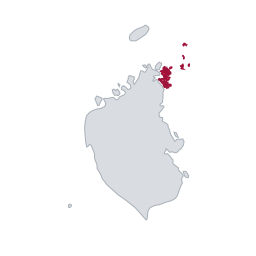 Sinan-gun, South Jeolla, South Korea shown in context, rotated 163°
{"feature_id": "91817680B46467557111645", "entity_name": "Sinan-gun", "entity_type": "district", "adm_level": 2, "iso_a3": "KOR", "parent_name": "South Korea", "parent_adm1": "South Jeolla", "projection": "orthographic", "projection_center": [125.994, 34.593], "detail": "fine", "context": "in_parent", "style": "filled", "palette": "rose", "viewbox_px": 256, "rotation_deg": 163, "n_neighbors": 0, "source": "geoboundaries", "source_scale": "gbopen_adm2", "svg_char_len": 8438}
<svg xmlns="http://www.w3.org/2000/svg" viewBox="0 0 256 256"><g transform="rotate(163 128 128)"><path d="M91.1,64.2L91.9,63.5L92.0,62.6L92.0,59.5L94.3,57.4L97.6,53.0L99.3,50.6L101.1,48.4L103.3,46.9L105.4,46.2L108.7,45.8L115.2,46.0L116.4,45.7L120.9,45.4L121.9,45.8L125.2,46.0L128.8,45.6L130.6,45.0L132.2,43.8L133.7,41.8L135.1,38.1L136.6,35.2L137.5,34.7L144.5,49.8L151.1,59.5L156.7,66.6L164.9,80.1L167.4,87.4L167.8,92.0L169.4,98.2L168.4,101.9L168.9,107.6L168.5,110.5L167.6,112.7L167.7,116.8L168.1,119.0L168.3,121.9L168.9,123.1L169.8,123.5L171.2,122.3L173.0,121.8L172.8,125.4L171.0,134.4L169.4,140.9L167.0,146.7L164.0,152.0L160.2,154.1L157.5,154.9L152.4,155.3L148.0,154.6L144.4,155.3L142.9,156.4L141.9,158.3L142.7,161.1L142.7,163.2L141.1,163.1L137.9,162.0L134.5,161.9L132.8,161.3L131.1,158.3L129.4,158.4L126.6,160.3L122.1,160.8L120.6,161.8L120.0,163.0L120.7,164.6L123.0,166.7L122.3,168.8L120.0,169.9L118.0,167.3L116.8,164.8L115.5,164.7L113.5,165.4L113.1,168.2L114.1,170.0L115.7,172.2L113.5,174.7L112.9,176.5L111.4,177.8L107.1,175.0L107.7,173.0L109.5,171.0L109.7,169.0L109.1,167.8L103.0,173.0L99.3,178.8L97.3,178.4L96.4,176.9L95.3,176.3L91.2,180.0L90.5,183.0L89.0,183.1L88.3,181.9L88.2,179.2L87.5,177.0L83.3,173.7L81.4,170.8L82.4,169.2L85.9,170.1L88.7,170.0L88.1,168.6L87.2,168.0L89.1,167.2L90.6,165.6L89.3,165.2L87.4,166.1L85.8,165.7L85.1,161.9L83.1,158.1L82.1,154.3L84.0,152.2L85.0,148.8L86.8,144.0L87.7,142.4L90.2,141.3L91.0,140.0L89.7,139.4L87.5,138.8L87.5,137.4L89.0,136.6L90.7,135.1L93.9,133.2L94.8,129.6L93.9,128.8L91.9,127.9L92.3,126.1L93.2,124.8L92.8,124.0L90.5,121.7L88.9,119.6L89.3,117.2L88.9,113.6L89.1,110.5L89.0,108.9L87.9,105.2L87.3,101.5L85.8,102.1L84.6,103.0L80.3,101.7L78.9,101.6L78.3,98.9L79.9,95.5L83.5,92.5L85.7,92.1L87.2,90.7L89.7,90.3L92.7,92.3L95.4,92.7L96.9,96.2L97.9,97.0L98.0,95.7L100.2,94.1L100.7,93.0L100.2,92.4L97.7,91.8L95.5,87.4L95.1,85.5L94.3,84.3L95.5,80.8L92.9,76.9L91.6,75.7L91.8,72.1L90.4,69.8L89.7,68.6L89.2,66.4L89.6,65.5L90.7,65.1L91.1,64.2ZM83.3,220.6L82.0,221.3L80.8,220.9L80.5,220.5L79.0,218.6L78.7,217.5L79.6,215.6L83.6,212.4L93.8,209.3L95.6,209.2L99.7,210.5L100.6,212.9L99.9,215.0L98.9,216.4L94.3,218.9L90.6,220.0L83.3,220.6ZM151.1,165.5L148.5,167.7L144.9,164.9L144.0,163.4L146.6,161.0L148.9,158.3L150.4,158.1L151.1,165.5ZM132.1,165.7L131.9,169.1L129.9,169.3L128.6,167.1L127.4,168.2L126.7,168.2L125.7,165.6L125.5,163.5L127.8,161.8L129.2,162.8L131.3,163.2L132.1,165.7ZM80.5,181.2L78.7,181.8L77.7,180.6L77.0,180.3L77.4,178.7L80.3,175.7L80.9,174.6L83.6,175.2L84.7,176.8L83.4,179.3L80.5,181.2ZM88.0,65.7L87.9,70.3L86.4,70.1L85.4,69.6L85.0,68.8L83.9,64.6L85.1,62.8L87.3,64.2L88.0,65.7ZM78.8,168.9L78.4,169.7L77.2,169.4L75.9,167.1L75.4,165.2L74.1,164.2L76.1,162.6L78.7,165.5L78.8,168.9ZM85.4,108.4L85.1,110.6L83.2,109.2L82.7,104.3L84.6,105.7L85.4,108.4ZM207.6,71.4L206.4,72.4L204.9,71.5L204.7,70.4L205.4,69.5L207.1,68.8L208.0,69.6L207.6,71.4ZM95.2,182.1L95.7,183.7L93.4,183.4L92.2,181.8L92.4,180.5L93.7,180.3L95.2,182.1ZM124.7,172.4L124.4,173.5L123.0,171.9L124.3,170.1L124.7,172.4Z" fill="#d9dde1" stroke="#a8b0b8" stroke-width="1"/><path d="M77.8,168.1L77.6,167.9L77.6,167.6L76.9,167.6L76.5,167.9L76.4,168.2L76.0,168.9L76.0,169.7L76.1,169.8L76.8,169.9L77.1,170.2L77.3,170.6L77.6,170.6L78.3,170.4L79.4,169.5L79.4,169.0L78.8,168.3L78.6,168.1L77.8,168.1ZM76.4,162.6L76.2,162.0L75.8,162.0L75.7,162.6L74.9,162.7L74.6,162.5L74.2,163.3L73.8,163.8L73.3,163.9L73.2,164.1L73.3,164.2L73.6,164.3L73.8,164.5L74.8,164.6L74.9,164.9L75.1,165.1L75.8,164.9L76.5,164.6L76.9,164.2L77.0,163.0L76.4,162.6ZM77.6,156.4L77.7,155.8L78.8,154.8L77.4,154.8L76.7,155.9L76.3,156.1L75.8,156.2L75.8,155.8L75.7,156.1L75.2,155.8L75.2,156.0L75.3,156.3L75.2,156.5L75.1,157.0L75.4,157.6L76.4,158.1L76.9,158.1L77.5,157.7L77.8,157.2L77.6,156.4ZM81.1,156.3L80.5,156.3L80.0,156.0L79.3,155.9L78.9,156.2L78.6,156.7L78.5,157.0L79.1,157.5L79.9,157.9L80.6,158.0L80.5,158.4L80.3,158.5L80.2,158.7L80.5,158.5L80.6,159.2L80.7,159.3L81.0,159.1L81.1,159.4L81.3,159.4L81.5,159.1L81.3,158.2L81.6,157.8L81.4,157.6L81.3,157.1L81.1,157.0L81.1,156.3ZM74.1,167.9L74.1,166.6L73.8,166.5L73.0,167.1L72.6,167.3L71.3,167.4L71.0,168.8L71.5,169.7L72.4,169.4L72.6,168.9L72.4,168.4L72.9,168.4L74.0,168.0L74.1,167.9ZM82.7,162.9L82.5,162.5L82.0,162.7L81.9,163.0L82.0,163.2L82.5,163.3L82.5,163.6L81.9,163.9L81.8,164.4L81.2,164.6L80.6,164.5L80.3,164.9L81.2,165.2L81.5,165.2L81.9,164.9L82.2,164.9L82.7,165.3L82.9,165.1L83.5,165.1L83.4,165.7L83.6,165.9L83.9,166.0L84.1,165.9L84.4,165.4L84.3,164.8L83.9,164.5L83.1,164.4L83.0,164.2L83.3,163.7L83.1,162.9L82.7,162.9ZM74.0,169.8L73.1,168.9L72.9,168.8L72.6,169.5L71.9,169.7L71.8,169.8L71.8,170.9L72.2,170.9L72.3,171.1L72.5,171.1L72.4,171.2L72.7,171.2L72.8,171.4L73.0,171.5L73.5,171.4L73.7,170.9L74.4,170.7L74.2,169.4L74.1,169.1L73.9,169.1L74.1,169.4L74.1,169.6L74.0,169.8ZM79.1,159.9L78.5,158.9L78.0,158.9L76.7,159.7L76.6,159.9L77.7,160.0L77.8,160.3L77.8,160.6L77.6,161.1L77.6,161.6L78.1,161.7L78.5,161.9L79.1,161.2L79.1,159.9ZM78.6,164.4L78.0,163.9L77.3,163.9L77.2,164.1L77.2,164.4L77.4,164.6L77.4,164.8L76.2,164.9L75.8,165.2L76.6,166.2L76.8,166.8L77.0,166.8L77.4,166.6L77.5,165.7L77.6,165.4L77.8,165.4L77.9,165.7L78.1,165.7L78.3,165.3L78.4,165.1L77.9,164.9L77.8,164.7L78.1,164.5L78.6,164.6L78.6,164.4ZM80.3,172.6L79.4,172.3L79.2,171.6L78.7,171.1L78.4,171.1L78.0,171.1L77.5,171.2L77.4,171.3L77.2,171.7L77.6,172.9L79.1,172.9L79.3,172.7L80.1,172.8L80.3,172.6ZM76.7,175.1L77.1,174.1L77.1,173.9L76.3,173.0L76.3,172.5L76.1,172.4L75.6,172.4L75.5,172.9L75.8,172.9L75.7,173.2L76.2,173.8L76.3,174.2L76.0,174.8L74.9,175.0L74.9,175.3L75.4,175.0L75.7,175.0L75.8,175.2L75.8,175.4L75.1,175.5L75.0,175.8L75.3,175.9L76.2,175.5L76.7,175.1ZM75.6,174.4L75.7,173.9L75.3,173.2L75.3,172.8L75.3,172.5L75.7,171.5L75.7,171.3L75.4,171.1L75.0,171.9L74.4,172.1L74.3,172.3L74.6,172.7L74.6,173.4L74.9,173.6L74.6,173.9L74.6,174.4L74.7,174.6L74.8,174.7L75.1,174.5L75.4,174.5L75.6,174.4ZM78.8,168.0L78.8,165.9L78.0,166.2L78.0,166.5L77.5,166.9L76.4,167.0L76.7,167.4L77.6,167.4L77.8,167.9L78.1,168.0L78.8,168.0ZM58.9,170.6L59.0,170.0L58.7,170.5L58.0,170.2L57.5,170.3L57.5,170.6L56.9,171.6L57.0,172.8L57.5,172.6L57.6,171.9L58.1,171.4L58.4,171.2L58.6,170.8L58.9,170.6ZM79.2,158.1L77.9,157.9L77.7,158.5L78.3,158.7L79.2,159.2L79.4,159.2L79.6,159.1L79.6,158.7L79.4,158.3L79.2,158.1ZM49.6,192.4L49.9,192.3L49.8,191.9L49.4,191.7L49.1,190.9L48.5,190.6L48.3,190.7L48.4,190.9L48.4,191.4L48.7,191.7L48.9,192.2L49.6,192.4ZM70.1,173.5L70.1,172.5L69.8,172.5L68.7,172.8L69.0,173.3L68.6,173.3L68.5,173.5L68.9,173.7L70.1,173.5ZM79.7,162.5L80.0,162.1L80.2,161.1L80.4,160.8L80.4,160.4L80.0,160.2L79.6,160.8L79.5,162.2L79.5,162.5L79.7,162.5ZM50.9,171.2L51.5,170.9L51.9,170.2L51.9,169.6L51.8,169.4L51.6,169.3L51.3,169.6L51.2,170.2L50.8,170.8L50.9,171.2ZM79.2,171.0L79.7,170.6L79.8,169.9L79.0,170.0L78.6,170.3L78.8,170.7L79.2,171.0ZM76.5,172.4L76.3,172.0L76.4,170.9L76.3,170.5L76.1,170.4L76.0,170.9L76.0,171.7L76.3,172.4L76.5,172.4ZM74.6,173.8L74.0,172.4L73.8,172.7L74.0,173.1L73.7,173.2L73.6,173.8L73.9,173.5L74.1,173.5L74.2,173.8L74.6,173.8ZM59.1,168.9L58.6,168.7L58.0,168.4L58.9,169.7L58.9,169.3L59.5,169.1L59.0,168.7L58.8,168.6L59.1,168.9ZM76.3,167.0L76.4,166.8L76.2,166.4L75.6,165.7L75.4,165.7L75.3,165.8L75.7,166.3L76.1,166.9L76.3,167.0ZM53.9,179.6L53.9,179.3L53.9,179.0L54.5,178.3L54.5,178.0L54.3,178.0L53.8,178.6L53.7,179.4L53.8,179.6L53.9,179.6ZM73.4,172.7L72.8,171.9L72.4,172.2L72.7,172.7L72.8,172.5L73.1,172.8L73.4,172.9L73.4,172.7ZM75.1,169.2L74.8,168.5L74.8,168.0L74.6,167.9L74.5,168.6L74.6,169.1L75.0,169.3L75.1,169.2ZM82.0,161.2L81.5,160.8L81.4,160.8L81.5,161.1L81.3,161.1L81.5,161.3L81.7,161.2L81.9,161.3L81.7,161.5L82.0,161.5L81.8,161.7L81.8,161.9L82.0,161.8L82.2,162.0L82.3,161.9L82.0,161.2ZM81.1,162.6L81.1,162.4L80.8,161.9L80.4,162.0L80.3,162.5L81.1,162.6ZM74.8,157.2L74.9,156.7L74.6,156.3L74.3,156.4L74.4,157.0L74.6,157.2L74.8,157.2ZM81.2,160.5L81.6,160.4L81.6,160.0L81.5,159.7L81.1,159.7L81.2,160.1L81.2,160.5ZM54.6,180.9L54.0,180.2L53.9,180.2L54.0,180.7L54.2,181.1L54.4,181.1L54.6,180.9ZM51.0,191.4L51.0,190.7L50.9,190.5L50.7,190.5L50.7,191.2L50.8,191.4L51.0,191.4ZM79.2,163.9L79.2,163.4L79.3,163.3L79.1,163.0L79.1,163.3L78.8,163.5L78.9,163.8L79.2,163.9ZM76.0,168.4L75.9,167.9L76.0,167.6L75.5,167.7L75.4,167.9L76.0,168.4ZM59.3,172.0L59.5,171.8L59.5,171.6L59.1,171.6L58.8,172.0L59.3,172.0ZM70.5,172.8L70.3,172.9L70.5,173.6L70.4,173.0L71.1,173.3L70.5,172.8ZM48.6,190.1L48.2,189.9L48.0,190.1L48.6,190.1Z" fill="#f43f5e" stroke="#9f1239" stroke-width="1.5"/></g></svg>